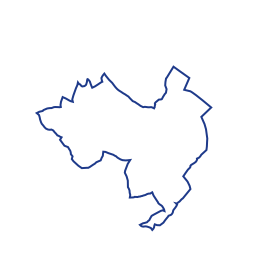 the district of Isu, Imo, Nigeria, rotated 122°
{"feature_id": "59680162B73807077480910", "entity_name": "Isu", "entity_type": "district", "adm_level": 2, "iso_a3": "NGA", "parent_name": "Nigeria", "parent_adm1": "Imo", "projection": "albers", "projection_center": [7.061, 5.682], "detail": "fine", "context": "isolated", "style": "outline", "palette": "blue", "viewbox_px": 256, "rotation_deg": 122, "n_neighbors": 0, "source": "geoboundaries", "source_scale": "gbopen_adm2", "svg_char_len": 3555}
<svg xmlns="http://www.w3.org/2000/svg" viewBox="0 0 256 256"><g transform="rotate(122 128 128)"><path d="M201.6,53.4L200.0,53.1L198.3,53.3L196.9,53.9L195.5,54.2L195.0,51.9L193.6,49.4L189.5,47.8L187.5,47.7L186.1,47.6L184.4,47.4L183.7,47.3L182.2,47.1L180.9,47.1L179.7,46.1L178.6,45.4L177.5,45.2L176.4,45.2L175.4,45.4L174.5,45.8L173.3,46.0L170.8,45.7L168.7,45.6L166.9,45.8L166.5,47.3L166.3,46.7L164.6,46.0L162.9,45.3L160.1,44.8L158.6,44.2L146.7,42.7L144.4,45.1L141.9,49.1L139.7,55.5L134.7,55.3L131.5,55.1L129.1,54.5L127.9,54.5L127.1,55.0L125.9,54.9L122.7,53.3L120.9,52.6L119.6,52.5L118.0,52.7L117.4,53.3L115.4,52.0L113.7,51.7L111.9,51.7L105.1,49.8L101.9,51.3L98.0,53.5L94.9,55.2L87.7,61.2L84.1,65.2L79.7,71.7L66.5,68.3L65.0,79.5L64.1,87.7L63.8,92.3L63.8,94.5L65.3,99.0L65.8,100.6L53.1,102.5L52.7,109.2L52.4,114.3L51.9,121.9L64.9,121.8L65.8,122.0L69.2,120.6L72.2,119.0L74.6,115.9L78.0,114.5L79.9,114.8L83.1,114.8L85.5,114.6L85.9,114.8L86.7,115.7L87.6,116.9L91.6,118.2L92.7,118.3L93.3,118.0L93.5,117.5L94.4,117.2L94.9,117.0L95.6,116.8L96.2,116.4L96.8,116.4L97.5,116.3L97.6,117.1L97.7,118.0L97.8,118.8L98.1,119.5L98.9,120.6L99.7,121.8L101.1,124.9L102.3,126.2L102.6,129.1L102.4,131.7L102.4,133.7L102.3,135.8L102.7,138.3L102.4,139.4L101.8,142.0L101.1,144.4L101.1,145.5L101.1,146.5L101.0,148.0L101.1,150.6L101.0,152.9L101.0,153.9L101.0,154.9L101.0,155.3L100.9,156.6L100.6,158.3L99.9,160.7L98.9,163.3L98.1,165.3L97.2,169.5L95.5,174.4L94.4,176.9L95.9,177.1L97.3,177.2L99.0,177.1L99.7,177.0L101.3,175.6L102.4,174.3L103.3,174.9L107.1,176.6L110.3,178.1L112.8,179.7L112.0,180.9L110.3,183.2L108.8,185.0L108.1,186.9L107.9,188.1L108.2,188.3L109.6,187.8L110.8,187.2L112.0,186.9L112.9,186.6L113.9,186.5L115.5,187.1L117.0,188.8L117.0,190.0L116.6,191.0L116.4,191.9L116.6,192.6L116.3,193.7L115.9,194.6L118.4,193.7L121.9,193.2L129.2,191.6L133.3,190.4L135.0,188.7L135.3,189.7L135.6,190.7L135.7,191.4L135.8,192.9L135.9,195.8L136.0,197.1L136.2,198.2L136.4,199.8L141.3,198.7L144.3,197.4L145.8,196.1L146.6,197.0L147.2,198.1L148.5,200.4L149.5,201.8L151.6,203.4L152.8,205.2L154.3,206.9L157.6,209.2L158.8,209.4L161.2,211.8L163.7,213.3L164.0,211.3L164.2,210.3L165.6,208.7L167.4,207.0L169.2,204.8L170.1,203.4L170.9,200.9L171.5,199.4L172.0,197.3L171.7,195.0L170.9,193.3L169.9,192.1L169.7,190.1L170.5,187.9L170.9,186.2L171.7,183.9L171.4,182.8L171.4,181.2L171.1,179.4L174.0,179.4L175.7,175.1L176.7,172.5L176.0,168.7L177.0,166.9L177.8,165.1L178.9,163.8L180.5,162.5L181.4,160.0L184.1,159.2L185.1,156.6L186.3,150.1L186.5,145.9L183.7,142.0L182.8,140.6L181.2,139.7L177.8,138.2L175.8,137.2L173.8,136.7L169.9,134.0L167.4,134.5L165.0,134.6L161.2,136.4L160.2,134.4L159.7,131.3L158.5,126.3L158.5,124.4L158.3,123.1L158.6,121.9L158.7,120.5L158.6,117.8L158.2,115.7L156.8,112.9L155.5,111.1L154.0,109.2L155.9,109.2L158.6,109.2L161.6,108.6L165.7,107.8L167.6,107.0L169.8,103.5L172.7,100.3L178.2,96.7L179.0,95.2L180.1,93.7L182.1,92.2L183.6,90.6L186.0,89.6L184.8,87.8L183.7,86.3L182.9,85.9L181.4,83.2L180.5,82.5L179.9,81.6L178.8,80.7L178.2,80.0L177.0,79.1L176.1,78.2L175.2,77.5L174.2,77.0L173.5,76.4L172.9,76.0L172.6,75.5L172.2,75.0L171.7,74.3L170.5,73.8L169.7,73.4L170.1,72.7L170.7,72.0L171.2,71.3L171.7,70.6L171.9,70.2L174.6,64.4L175.0,63.4L175.7,62.4L175.9,61.3L176.0,60.1L176.0,58.8L176.2,57.6L177.0,55.9L177.9,54.3L179.1,53.1L179.4,54.9L180.8,56.2L187.4,60.0L190.0,61.4L192.9,61.3L194.9,61.1L196.1,61.6L197.8,61.9L199.4,63.3L200.9,64.8L203.8,66.5L204.1,65.0L204.0,63.9L203.5,62.7L202.8,61.9L202.0,60.8L201.5,59.5L201.0,57.5L200.7,55.6L201.6,53.4Z" fill="none" stroke="#1e3a8a" stroke-width="2"/></g></svg>